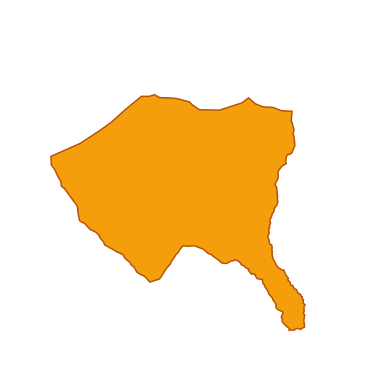 Santa María Teopoxco, Puebla, Mexico (Albers equal-area conic projection), rotated 106°
{"feature_id": "50627088B27256400122103", "entity_name": "Santa María Teopoxco", "entity_type": "district", "adm_level": 2, "iso_a3": "MEX", "parent_name": "Mexico", "parent_adm1": "Puebla", "projection": "albers", "projection_center": [-96.962, 18.176], "detail": "fine", "context": "isolated", "style": "filled", "palette": "amber", "viewbox_px": 384, "rotation_deg": 106, "n_neighbors": 0, "source": "geoboundaries", "source_scale": "gbopen_adm2", "svg_char_len": 5036}
<svg xmlns="http://www.w3.org/2000/svg" viewBox="0 0 384 384"><g transform="rotate(106 192 192)"><path d="M290.2,207.6L284.5,199.2L272.7,195.5L267.1,193.0L266.2,192.8L264.7,192.7L257.1,190.2L255.6,189.9L254.1,188.6L253.2,188.4L252.3,188.1L250.2,187.7L249.2,187.3L248.2,186.7L246.3,185.8L246.1,185.0L245.5,182.0L244.6,179.2L243.8,177.3L243.5,176.1L243.1,174.7L243.3,171.3L243.5,170.3L243.5,169.4L243.7,166.4L243.9,165.3L243.9,165.1L246.4,160.0L246.8,158.2L246.8,156.3L247.6,154.7L247.9,154.4L248.2,152.7L248.5,152.3L249.3,150.1L250.6,146.8L251.4,145.0L251.8,144.5L251.9,143.8L251.9,142.5L251.1,138.9L247.5,135.3L247.1,134.7L247.0,134.3L246.8,133.6L246.5,132.9L245.6,132.2L245.3,131.2L245.8,127.5L248.4,124.3L248.5,124.0L248.6,122.0L249.3,120.6L250.2,118.8L250.3,117.2L250.5,116.6L251.9,116.0L254.3,112.6L254.5,112.3L254.5,111.7L253.9,111.2L253.6,109.4L255.3,107.7L257.3,105.5L256.9,100.3L260.5,98.4L261.4,96.9L262.9,95.9L267.3,90.8L269.0,90.0L269.9,88.2L272.1,85.1L273.3,84.6L275.7,81.5L276.8,80.4L278.5,79.9L280.0,79.4L281.4,77.1L281.7,75.4L282.0,72.6L282.5,71.1L286.9,71.8L288.3,71.3L288.6,70.7L291.3,69.7L292.1,69.2L294.3,65.7L296.5,60.8L298.1,60.5L297.6,59.9L296.8,56.1L294.4,53.6L293.9,51.5L294.2,49.6L292.1,48.0L290.6,46.6L285.3,48.8L283.8,49.4L282.7,49.2L280.9,49.7L279.3,49.7L278.5,50.7L277.5,51.5L275.5,51.4L271.8,52.7L269.3,52.2L268.6,53.5L268.3,54.4L264.7,55.3L264.2,56.7L263.2,56.9L262.5,57.0L262.3,58.1L260.5,59.4L260.6,60.8L259.9,61.3L259.8,62.5L258.7,63.2L257.8,64.1L257.0,64.7L256.9,66.3L256.6,67.2L254.7,68.7L254.1,69.4L254.4,70.8L253.7,71.8L251.8,72.8L250.3,75.5L249.7,75.9L248.5,75.4L246.0,78.9L243.7,80.7L241.8,82.1L242.0,83.5L241.7,85.3L241.3,87.5L238.9,90.9L235.7,93.8L233.7,95.9L232.0,96.5L231.6,97.1L231.4,97.6L230.0,97.5L228.5,98.2L227.8,98.2L226.7,98.5L226.4,98.8L226.0,99.3L225.9,99.4L225.8,99.5L225.5,99.5L225.1,99.5L224.5,99.4L224.4,99.4L223.9,99.4L223.6,99.5L223.1,99.7L222.9,99.9L222.5,100.2L221.8,100.5L221.3,100.6L221.1,100.8L220.9,101.0L220.8,101.7L220.7,102.0L220.6,102.4L220.4,102.7L220.1,103.1L219.8,103.4L219.5,103.7L219.3,103.8L219.1,103.9L218.4,104.0L218.0,104.2L217.7,104.3L217.2,104.6L216.8,104.9L216.6,105.1L216.2,105.3L215.9,105.7L215.6,106.0L215.2,106.2L214.7,106.5L214.4,106.6L214.0,106.7L213.6,106.7L213.0,106.7L212.3,106.7L212.0,106.6L211.6,106.6L211.0,106.5L210.4,106.5L210.2,106.5L209.9,106.6L209.7,106.7L209.3,107.0L209.1,107.1L208.8,107.3L208.7,107.4L208.4,107.4L207.9,107.6L207.6,107.7L207.4,107.7L206.9,107.7L206.7,107.7L206.3,107.7L205.8,107.6L205.5,107.6L205.2,107.7L204.8,107.8L204.6,107.9L204.0,107.9L203.8,107.9L203.6,108.1L203.4,108.2L203.2,108.3L202.8,108.4L202.7,108.4L202.4,108.4L202.1,108.3L202.0,108.2L201.8,108.1L201.7,108.1L201.3,108.0L200.9,108.0L200.4,108.0L200.1,108.0L199.9,108.0L199.7,108.0L199.4,108.4L199.3,108.5L199.2,108.7L199.1,108.9L198.9,109.0L198.6,109.2L198.4,109.3L198.2,109.3L197.9,109.3L197.5,109.3L197.3,109.3L196.9,109.3L196.5,109.2L196.3,109.2L195.8,109.1L195.4,109.0L195.1,108.9L194.9,108.9L194.4,108.9L194.0,108.9L193.5,108.8L192.7,108.8L192.2,108.8L191.7,108.8L191.3,108.8L190.7,108.7L190.0,108.6L189.7,108.6L189.0,108.2L188.7,108.1L188.3,108.0L188.0,107.9L187.6,107.9L187.3,108.0L187.0,108.1L186.7,108.1L186.3,108.2L185.9,108.2L185.4,108.2L185.1,108.2L184.8,108.2L184.3,108.0L183.5,107.8L183.1,107.6L182.6,107.3L181.9,107.0L181.4,106.8L181.2,106.8L180.8,106.8L180.3,106.9L179.8,106.9L178.9,106.8L178.4,106.8L178.1,106.8L177.7,106.9L177.1,107.1L176.7,107.4L176.1,107.7L175.7,108.0L175.4,108.1L175.2,108.1L174.9,108.1L174.5,108.1L174.2,108.1L173.3,108.4L172.8,108.5L172.3,108.6L171.9,108.9L171.3,109.3L171.3,109.1L171.0,109.2L168.7,110.1L165.7,111.3L163.3,112.5L162.6,113.8L161.4,114.3L155.8,113.1L152.8,113.4L151.6,114.1L149.8,114.8L148.9,114.8L147.6,114.7L143.6,113.2L141.7,112.1L139.6,110.0L138.8,109.2L135.9,110.7L134.1,110.6L132.5,111.0L130.1,110.5L129.0,108.8L127.3,106.9L123.5,106.4L120.9,106.2L119.6,105.8L116.6,106.8L110.7,109.2L107.9,111.1L107.2,110.9L103.6,111.2L100.1,113.6L97.6,114.9L96.6,116.2L95.2,116.4L86.8,118.1L89.2,128.6L88.4,137.4L90.6,147.3L89.7,155.6L85.9,163.6L92.5,168.5L105.8,188.2L110.9,207.7L107.9,216.2L106.1,219.4L106.2,223.9L106.4,233.0L108.1,241.1L110.2,249.1L108.8,254.8L111.9,259.7L114.1,267.3L115.0,267.7L131.9,279.3L147.5,289.0L158.1,297.4L176.4,313.2L196.6,337.4L204.8,334.7L208.2,330.2L214.7,324.6L217.9,321.0L220.4,319.9L222.4,319.2L223.8,315.6L230.9,306.5L235.5,300.4L236.4,299.4L236.5,299.0L237.7,298.3L238.7,297.6L240.7,296.8L241.1,296.7L242.1,296.4L242.4,296.3L242.7,296.0L243.1,295.9L243.5,295.7L244.2,295.4L245.6,294.8L248.8,293.1L249.7,292.8L250.6,292.0L251.2,290.3L251.5,288.2L252.5,285.2L253.8,283.4L256.0,279.6L257.1,273.4L259.3,269.4L261.3,268.0L263.2,265.3L263.8,263.9L265.0,262.7L266.7,261.6L267.2,260.8L267.6,257.6L268.4,255.4L268.7,253.1L269.4,250.8L269.9,248.9L270.5,247.1L270.4,246.1L270.6,244.6L271.4,240.8L274.0,238.4L275.2,236.2L276.9,232.0L278.5,230.8L280.3,226.9L284.2,222.9L285.5,218.6L285.7,215.9L286.7,213.3L290.2,207.6Z" fill="#f59e0b" stroke="#b45309" stroke-width="1.5"/></g></svg>